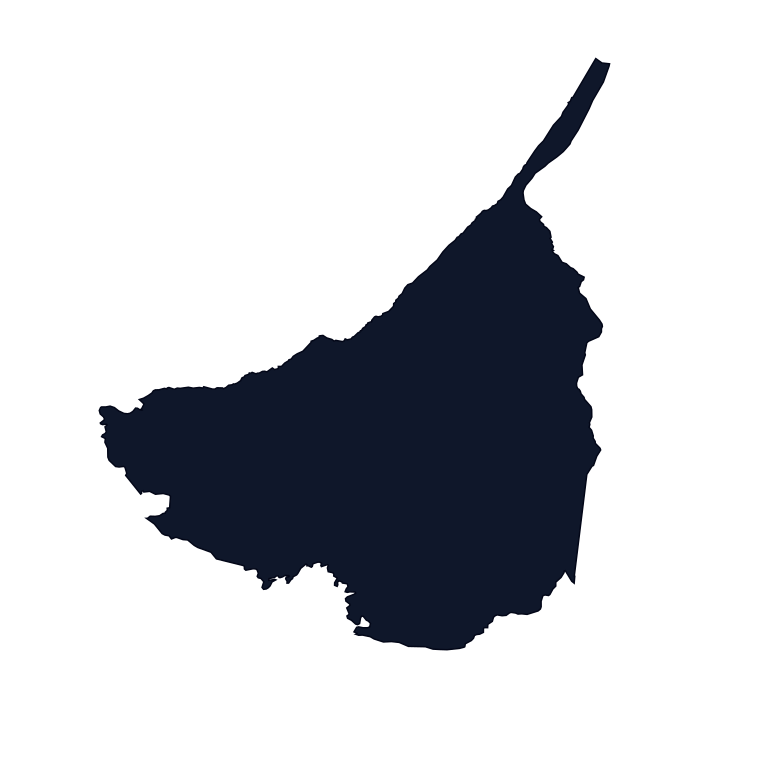 Ludewa, Njombe, United Republic of Tanzania, rotated 78°
{"feature_id": "72390352B43391507115191", "entity_name": "Ludewa", "entity_type": "district", "adm_level": 2, "iso_a3": "TZA", "parent_name": "United Republic of Tanzania", "parent_adm1": "Njombe", "projection": "natural_earth1", "projection_center": [34.61, -10.023], "detail": "fine", "context": "isolated", "style": "filled", "palette": "ink", "viewbox_px": 768, "rotation_deg": 78, "n_neighbors": 0, "source": "geoboundaries", "source_scale": "gbopen_adm2", "svg_char_len": 6168}
<svg xmlns="http://www.w3.org/2000/svg" viewBox="0 0 768 768"><g transform="rotate(78 384 384)"><path d="M109.7,109.2L142.9,139.6L142.9,140.8L146.3,143.1L147.1,145.4L148.1,145.0L149.8,146.2L155.3,152.3L159.2,154.8L166.1,164.5L179.4,177.5L183.1,183.2L187.5,188.2L197.1,198.0L198.7,198.9L199.4,201.2L200.9,202.7L202.7,203.6L206.1,207.1L206.6,209.2L208.9,212.5L216.3,218.0L218.9,222.4L225.9,228.6L228.2,231.7L229.0,234.5L231.2,235.7L232.4,238.9L232.5,240.9L233.9,242.4L235.4,245.7L235.6,248.0L235.0,249.9L235.5,251.8L237.3,253.8L240.0,259.0L241.3,258.8L241.8,260.3L243.1,260.9L244.7,264.3L246.6,266.0L247.9,269.5L252.9,275.3L253.2,277.4L255.5,280.2L255.7,281.9L258.3,284.6L261.8,291.6L267.1,299.0L273.8,306.2L278.6,314.7L281.4,317.9L286.2,327.9L291.2,335.1L291.8,340.0L294.5,343.7L299.4,347.5L301.2,351.0L303.1,352.2L304.4,354.9L306.3,355.6L307.3,357.8L310.0,358.5L314.0,364.4L314.9,370.5L316.4,371.2L317.1,372.7L317.1,375.7L316.1,377.8L316.4,379.3L319.1,382.7L320.4,383.1L320.9,387.1L322.3,388.0L322.3,389.1L324.0,390.2L325.1,393.2L327.0,394.9L327.0,395.9L328.3,397.1L328.4,398.6L331.3,403.3L331.6,405.1L333.1,406.9L333.1,410.8L331.8,412.6L333.5,414.0L333.9,415.7L331.3,422.1L331.7,423.9L329.6,425.7L327.0,430.4L323.8,433.6L323.5,436.8L323.7,437.5L325.2,437.8L325.1,439.6L326.7,443.7L327.0,446.4L328.2,446.7L335.1,456.6L336.4,462.6L338.1,467.1L340.3,469.5L340.6,472.1L341.4,472.5L342.9,476.8L345.5,480.6L344.8,483.7L346.8,484.1L347.0,484.8L347.1,488.1L345.1,489.9L347.8,496.0L346.7,498.1L346.4,500.3L347.4,503.7L347.1,505.7L347.5,507.0L345.2,510.6L345.8,511.8L345.2,513.5L346.4,514.3L346.8,518.2L347.9,519.1L348.5,521.7L350.9,523.5L352.6,527.4L353.0,530.3L352.6,531.3L353.2,532.8L352.9,536.2L354.6,539.3L355.2,542.1L354.3,542.7L353.0,548.1L353.8,550.6L353.3,552.8L349.2,560.9L350.3,562.0L349.0,565.3L348.4,571.5L346.5,576.0L345.9,584.2L345.0,587.1L345.6,590.2L342.7,595.1L342.8,596.8L343.7,597.4L342.6,599.7L342.9,605.4L342.2,608.9L342.7,611.0L344.6,613.0L346.3,617.1L347.9,622.2L348.3,626.6L353.7,622.9L358.2,626.5L358.7,626.2L358.6,626.8L359.1,626.6L359.0,625.6L359.3,626.3L359.0,627.1L358.2,626.8L358.3,628.4L356.5,630.1L355.9,632.0L358.6,635.3L359.8,638.4L359.8,641.0L358.7,644.5L355.1,649.2L351.0,652.6L348.7,656.5L348.6,661.0L347.7,665.1L348.1,666.1L350.7,668.0L354.3,667.8L357.8,665.2L359.9,664.7L361.1,665.4L363.1,669.6L364.0,669.5L365.2,667.8L365.6,663.8L366.5,663.3L367.9,665.8L373.1,665.6L374.5,667.2L375.3,669.9L376.8,671.2L379.4,667.9L383.0,669.1L389.4,667.6L398.2,669.3L401.6,668.7L408.9,663.7L410.1,660.4L410.5,655.8L411.5,654.7L418.0,654.2L419.7,655.7L441.1,644.9L440.6,643.9L438.6,643.4L438.3,641.8L439.7,641.4L440.3,635.5L444.3,630.5L445.2,622.7L447.9,617.3L449.4,616.2L460.5,619.4L460.4,621.9L462.5,622.2L464.0,624.6L464.9,624.8L464.7,627.1L466.2,630.9L465.9,635.3L464.7,640.2L466.2,643.2L466.0,644.3L473.2,637.7L484.2,632.1L486.2,629.7L487.8,625.8L491.4,624.1L490.7,620.0L491.0,618.6L494.4,613.0L495.7,608.5L502.4,603.2L505.2,600.1L512.6,588.2L520.2,584.3L532.1,559.8L533.1,558.5L535.9,559.0L537.4,557.9L537.5,550.6L538.1,548.2L539.3,546.8L543.0,546.3L545.8,548.0L547.4,547.3L548.6,544.8L552.5,542.7L557.6,545.6L559.8,544.5L560.0,541.7L559.2,539.5L557.8,537.4L554.3,534.6L553.1,530.5L552.5,531.4L552.1,537.6L550.4,537.0L550.5,531.3L549.4,529.3L549.6,527.4L551.4,526.9L551.8,526.0L551.6,523.4L550.6,520.4L551.6,516.9L552.4,516.6L552.9,517.2L552.5,519.8L554.1,520.7L556.8,519.8L558.6,520.3L558.9,518.7L556.2,515.8L555.4,514.0L553.6,512.9L552.6,509.2L551.4,507.7L547.0,503.8L543.9,497.8L544.5,496.9L545.8,497.2L546.0,495.9L548.1,493.2L547.6,492.1L545.1,490.9L544.5,486.0L544.8,484.0L546.5,482.4L548.4,483.5L549.6,483.2L548.9,476.9L549.7,476.2L552.1,477.6L556.0,477.6L558.0,473.2L559.8,472.6L561.4,473.1L563.7,470.4L564.6,470.4L568.1,473.6L570.6,474.2L572.2,471.9L570.8,470.9L568.3,470.7L567.2,469.0L568.7,466.4L570.0,466.1L571.8,461.5L574.6,461.3L576.5,463.5L579.1,465.2L580.2,463.2L580.2,460.6L581.5,455.5L582.7,455.2L583.5,457.2L584.6,464.1L586.0,466.3L588.5,466.4L592.2,463.2L593.5,463.4L595.3,467.0L601.3,465.9L602.3,466.4L603.2,468.5L605.6,468.3L608.4,464.9L612.9,461.7L613.9,459.8L613.3,457.7L607.8,455.5L606.4,454.1L606.9,452.6L611.3,450.4L612.8,448.5L615.4,447.0L618.6,448.5L619.0,450.8L618.1,455.1L616.3,459.3L616.3,461.3L620.2,464.9L622.3,462.1L622.9,462.3L623.0,463.5L624.5,461.0L625.1,457.3L628.3,450.0L631.3,446.7L636.2,438.2L637.5,430.2L639.9,422.9L645.7,414.7L649.6,398.1L653.5,391.2L655.2,384.9L657.0,377.6L658.3,365.3L658.1,360.5L657.8,359.6L655.0,358.5L653.1,351.9L651.3,349.3L648.8,347.8L648.3,345.6L648.6,342.3L647.6,338.4L644.1,337.6L643.1,336.7L643.9,333.3L640.7,332.4L638.7,327.4L634.9,325.4L633.7,323.2L633.4,321.2L635.2,316.7L635.7,312.6L633.9,308.6L633.9,306.9L635.4,302.9L636.9,300.8L637.4,297.2L639.1,291.9L638.0,280.4L636.6,277.8L634.6,276.6L629.2,275.5L624.1,272.6L623.8,270.4L625.1,267.0L624.4,265.5L619.7,261.5L617.4,258.0L613.6,257.2L610.0,251.0L606.0,247.2L604.2,246.4L604.2,245.5L615.9,241.4L618.4,239.4L611.8,237.4L611.7,237.9L514.6,204.4L507.7,197.7L507.2,196.0L498.9,190.9L493.6,185.8L491.8,186.0L486.0,189.6L484.0,189.4L480.3,190.7L478.2,190.1L472.4,190.6L469.0,192.4L466.4,191.1L464.5,191.1L459.5,187.6L452.3,186.2L449.2,186.3L440.8,191.0L438.6,191.1L434.6,193.3L431.8,193.5L429.8,194.3L428.8,195.5L426.2,196.0L423.1,195.5L417.8,192.5L416.3,187.9L406.5,186.4L397.4,181.0L395.1,181.1L385.8,177.0L384.7,175.0L382.4,164.1L378.3,160.5L375.1,159.8L373.1,158.4L370.7,158.3L366.2,160.0L353.5,166.6L342.4,168.7L335.8,173.8L329.9,174.0L329.3,172.4L324.9,169.8L323.6,167.2L321.1,166.0L316.9,171.3L314.7,172.0L310.5,175.0L308.9,177.4L304.3,180.7L302.0,184.5L294.5,187.2L292.0,190.3L289.8,191.5L288.7,191.6L288.6,190.5L287.0,191.7L286.6,190.7L284.8,189.7L281.6,190.9L280.2,189.8L276.1,191.3L275.2,190.1L269.2,190.0L264.8,192.6L263.0,194.8L261.0,194.8L257.5,197.6L255.1,197.7L253.2,195.0L247.3,199.2L242.9,204.0L237.5,208.1L233.1,208.8L226.1,208.3L223.8,207.5L219.1,203.9L213.3,196.3L209.3,192.4L204.5,181.4L202.0,177.4L197.7,167.5L193.9,160.3L187.9,152.2L185.1,150.4L176.0,141.3L157.3,126.1L150.1,121.0L134.2,106.6L119.9,97.8L117.7,96.8L115.3,104.1L109.7,109.2Z" fill="#0f172a" stroke="#020617" stroke-width="1.5"/></g></svg>